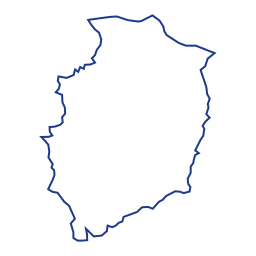 Gentil, Rio Grande do Sul, Brazil
{"feature_id": "56859067B14485327469822", "entity_name": "Gentil", "entity_type": "district", "adm_level": 2, "iso_a3": "BRA", "parent_name": "Brazil", "parent_adm1": "Rio Grande do Sul", "projection": "orthographic", "projection_center": [-52.047, -28.389], "detail": "fine", "context": "isolated", "style": "outline", "palette": "blue", "viewbox_px": 256, "rotation_deg": 0, "n_neighbors": 0, "source": "geoboundaries", "source_scale": "gbopen_adm2", "svg_char_len": 1495}
<svg xmlns="http://www.w3.org/2000/svg" viewBox="0 0 256 256"><path d="M88.2,19.9L91.3,24.8L94.9,29.4L99.0,32.6L101.3,39.4L100.4,45.1L96.7,50.0L95.1,55.0L91.9,58.3L95.0,62.6L90.4,64.5L84.8,64.8L83.8,68.8L80.2,67.0L78.2,71.8L75.1,69.5L73.6,75.0L70.4,76.4L66.6,77.9L58.5,76.4L57.8,80.9L59.9,84.3L58.9,88.6L55.8,92.3L62.1,94.9L62.5,102.6L64.8,107.3L65.2,113.6L62.1,117.2L62.7,122.4L60.2,124.8L54.5,126.7L49.6,127.0L49.8,131.7L52.3,135.5L48.9,136.8L41.4,137.0L45.2,141.0L48.3,144.7L49.3,151.8L48.5,157.5L52.7,164.1L51.5,167.7L54.1,170.2L54.5,174.8L52.9,179.3L48.2,189.2L52.7,191.9L57.5,192.7L64.2,201.7L69.0,205.7L74.9,218.7L70.8,223.5L73.4,232.2L73.4,238.0L77.6,240.6L82.0,240.6L87.2,240.2L87.0,234.1L86.0,228.8L93.8,236.4L101.6,235.6L106.9,231.1L107.6,225.6L112.2,227.2L115.8,225.6L118.7,222.8L122.3,221.5L123.6,216.9L137.0,212.0L142.1,207.3L148.0,206.9L152.8,208.7L155.8,205.3L158.9,201.8L162.7,199.8L166.2,195.9L175.2,191.3L180.0,191.7L183.7,193.1L189.6,191.5L190.4,187.0L188.2,183.9L187.7,178.7L190.7,172.9L190.7,166.5L193.2,163.2L193.9,159.5L195.2,155.0L198.8,153.2L195.2,150.4L200.4,140.1L203.2,135.9L204.3,129.1L202.7,125.6L205.5,121.5L209.6,117.6L206.3,114.2L208.5,107.7L207.8,104.1L209.7,98.6L207.2,94.1L206.3,87.0L200.6,70.0L205.2,66.2L207.7,58.6L214.6,53.1L195.8,45.7L186.1,45.7L178.8,43.0L166.8,35.2L164.3,31.3L163.4,26.6L159.6,20.7L152.5,15.4L147.1,18.1L141.2,21.1L137.6,21.5L127.8,20.1L116.9,16.5L111.1,16.8L100.9,18.1L88.2,19.9Z" fill="none" stroke="#1e3a8a" stroke-width="2"/></svg>